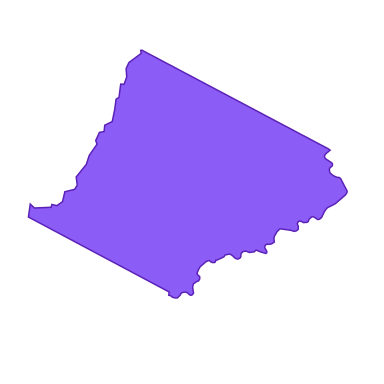 the district of Red River, Texas, United States of America, rotated 118°
{"feature_id": "52423323B35361747398086", "entity_name": "Red River", "entity_type": "district", "adm_level": 2, "iso_a3": "USA", "parent_name": "United States of America", "parent_adm1": "Texas", "projection": "robinson", "projection_center": [-95.01, 33.64], "detail": "fine", "context": "isolated", "style": "filled", "palette": "violet", "viewbox_px": 384, "rotation_deg": 118, "n_neighbors": 0, "source": "geoboundaries", "source_scale": "gbopen_adm2", "svg_char_len": 1984}
<svg xmlns="http://www.w3.org/2000/svg" viewBox="0 0 384 384"><g transform="rotate(118 192 192)"><path d="M268.8,309.9L271.6,309.2L280.1,323.6L278.6,329.1L290.9,324.7L291.0,165.3L294.1,164.0L293.6,162.3L294.1,159.7L293.4,157.0L292.3,155.1L288.5,154.0L286.4,154.0L285.0,153.0L283.3,150.6L283.2,148.4L283.9,146.1L283.8,144.9L283.2,143.8L282.2,143.4L280.7,143.1L275.5,146.9L272.3,147.6L268.6,145.6L267.5,144.5L265.6,144.3L264.0,144.9L263.0,145.6L262.5,147.9L261.9,149.0L260.8,149.5L257.0,149.8L254.2,149.7L247.1,147.0L245.2,145.6L244.3,144.3L244.9,142.9L244.7,140.7L243.6,138.9L242.8,138.6L241.1,139.0L240.3,137.9L235.3,134.1L233.9,133.3L232.1,133.2L229.2,129.8L229.0,128.4L229.2,126.4L230.1,123.3L230.2,122.0L229.8,120.2L229.2,119.6L228.3,118.9L227.4,118.5L226.0,118.6L224.6,119.3L223.4,119.6L222.1,119.5L220.4,118.8L218.8,116.3L218.5,113.0L215.6,109.0L213.2,108.2L212.7,103.3L211.6,98.0L210.7,97.5L210.0,97.6L209.0,98.5L207.0,101.7L206.5,102.1L204.6,102.2L203.1,101.6L202.1,99.5L200.4,97.3L197.5,95.8L194.7,97.8L192.6,98.5L187.3,98.3L183.9,97.3L183.0,96.6L179.5,87.0L178.8,83.3L177.2,81.5L175.1,80.7L172.4,82.0L170.6,84.2L168.3,84.2L167.0,83.1L166.6,81.6L166.7,79.3L165.4,77.1L164.6,76.1L163.7,75.5L161.0,75.8L157.8,74.6L156.9,73.4L156.9,72.1L157.3,68.0L156.1,66.6L153.8,65.6L147.3,65.9L145.0,65.6L143.1,65.3L141.1,64.4L140.4,63.6L134.9,59.9L122.4,55.1L119.9,54.9L118.4,55.4L110.4,67.0L110.1,68.7L110.4,69.7L111.0,71.0L111.2,74.1L111.1,75.8L110.3,79.0L109.4,80.1L107.5,81.3L106.5,81.7L103.4,80.5L102.4,80.6L101.5,81.0L100.8,81.7L100.6,82.7L100.2,86.6L100.1,88.6L99.5,90.8L97.9,92.0L95.5,91.8L90.2,89.7L89.9,92.0L90.3,302.7L91.0,303.8L93.4,301.9L107.3,308.5L114.0,308.1L120.9,303.7L128.7,302.5L130.2,305.6L142.7,300.9L145.7,302.6L155.7,298.9L167.2,295.5L174.0,300.4L179.9,298.0L182.8,301.7L191.7,301.2L194.4,298.3L207.9,299.9L217.3,298.3L233.1,301.3L239.9,296.5L244.8,296.9L251.4,304.4L261.2,301.8L267.4,304.8L268.8,309.9Z" fill="#8b5cf6" stroke="#5b21b6" stroke-width="1.5"/></g></svg>